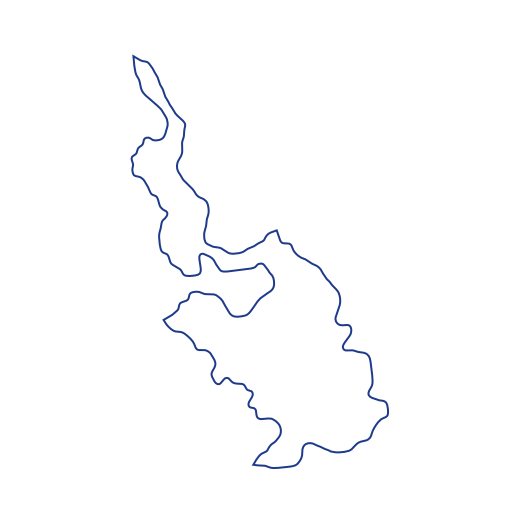 outline of Cambita Garabito, San Cristóbal, Dominican Republic, rotated 353°
{"feature_id": "3306468B64395738690475", "entity_name": "Cambita Garabito", "entity_type": "district", "adm_level": 2, "iso_a3": "DOM", "parent_name": "Dominican Republic", "parent_adm1": "San Cristóbal", "projection": "natural_earth1", "projection_center": [-70.253, 18.535], "detail": "fine", "context": "isolated", "style": "outline", "palette": "blue", "viewbox_px": 512, "rotation_deg": 353, "n_neighbors": 0, "source": "geoboundaries", "source_scale": "gbopen_adm2", "svg_char_len": 6137}
<svg xmlns="http://www.w3.org/2000/svg" viewBox="0 0 512 512"><g transform="rotate(353 256 256)"><path d="M227.9,462.9L232.1,464.0L239.4,465.3L244.7,467.9L247.5,468.6L252.5,469.0L263.5,469.2L266.5,469.1L269.4,468.6L271.2,467.8L272.7,466.6L274.7,464.5L276.4,462.1L277.5,459.3L278.5,453.7L279.6,451.3L280.8,449.9L282.2,448.9L284.7,448.2L287.4,448.4L289.8,449.2L293.4,451.5L296.5,453.1L300.8,455.9L304.0,457.5L306.6,459.2L310.9,460.5L313.8,461.0L319.7,461.2L324.5,460.7L327.2,459.6L332.3,455.4L334.6,453.9L337.2,453.1L343.3,452.4L344.9,451.8L347.0,450.3L348.0,449.0L350.4,444.0L352.1,441.4L354.7,438.2L356.9,435.9L360.0,433.5L361.6,432.8L365.4,431.6L366.7,430.7L367.2,430.0L367.6,429.1L368.0,427.2L368.3,424.2L368.1,420.1L367.6,418.2L367.2,417.3L366.0,416.0L364.6,415.3L360.7,414.2L354.0,411.0L352.1,409.6L351.2,408.2L350.9,407.5L350.8,406.6L351.2,404.9L352.0,403.4L354.7,399.8L355.6,398.1L356.2,396.0L356.5,393.9L356.8,388.3L356.8,374.8L356.5,371.6L355.9,369.5L355.5,368.7L353.8,366.6L351.6,365.3L345.8,363.7L342.0,362.0L340.4,361.4L334.5,360.8L333.1,360.5L331.8,359.5L331.4,358.7L331.1,357.0L331.3,356.1L332.1,354.5L333.9,352.3L338.8,347.1L340.1,345.5L341.0,343.7L341.6,340.9L341.5,339.1L341.0,337.4L339.8,336.1L338.3,335.6L333.4,335.3L330.9,334.7L329.5,333.8L328.3,332.5L327.5,330.9L327.3,330.0L327.2,328.0L327.7,326.3L333.1,315.0L333.9,312.3L334.3,309.2L334.2,306.2L333.7,303.2L333.0,301.3L331.4,298.7L327.9,294.1L325.8,290.4L323.4,287.5L320.3,281.4L318.5,277.1L317.0,275.0L315.1,273.2L310.6,270.4L304.7,265.4L300.8,263.3L297.8,260.8L295.9,258.5L294.3,256.0L293.6,254.2L292.5,250.0L291.7,248.7L290.4,247.8L288.9,247.4L285.1,246.8L283.7,246.2L283.1,245.7L282.6,245.1L281.9,243.5L279.7,233.1L273.5,234.5L271.0,235.5L269.1,237.0L268.0,238.2L266.2,240.8L265.7,241.4L264.4,242.2L259.7,243.8L255.3,246.0L248.6,247.9L244.1,250.2L242.3,250.7L239.4,251.1L233.5,251.0L231.6,250.6L229.8,250.0L228.2,249.0L222.3,244.1L220.7,243.3L215.6,241.9L214.0,241.3L209.3,238.3L208.1,237.1L207.6,236.3L206.9,233.4L206.9,231.3L207.2,228.0L207.7,226.0L210.1,220.2L211.7,213.5L213.5,209.5L214.1,207.7L214.5,205.7L214.7,202.6L214.5,199.6L214.1,197.7L213.4,195.9L211.7,193.9L210.4,192.8L206.8,190.7L205.0,188.9L204.0,187.5L202.5,184.1L201.0,181.6L193.7,172.4L192.7,170.8L191.2,167.3L189.3,163.3L188.7,161.5L188.4,159.5L188.6,156.5L189.5,153.7L190.5,152.0L194.0,147.3L195.2,144.6L195.6,142.7L196.4,134.7L197.0,132.9L198.5,129.7L199.1,127.9L200.2,122.2L201.5,118.3L201.7,116.7L201.6,115.9L200.9,114.3L199.9,112.8L194.9,106.9L193.3,104.6L191.0,99.4L188.9,95.4L187.6,91.8L185.4,86.9L184.0,80.2L183.5,78.4L181.7,74.2L180.1,66.6L177.9,61.6L176.2,57.2L173.3,52.0L172.3,50.8L171.7,50.3L170.2,49.6L167.1,48.7L164.9,47.5L158.7,42.8L158.4,52.5L158.7,58.7L159.2,61.6L161.0,65.7L161.5,67.5L161.8,69.4L162.3,75.4L163.0,78.3L164.4,80.9L166.1,83.3L176.2,94.5L179.3,98.3L180.3,100.0L183.7,107.6L184.2,109.4L184.5,112.4L184.4,114.4L184.0,116.3L180.8,123.8L179.2,126.4L177.6,127.8L176.7,128.3L174.9,128.9L172.9,129.1L171.0,129.1L169.2,128.8L167.6,128.2L165.0,126.0L163.7,125.4L161.5,125.3L160.1,125.8L159.0,126.8L157.7,130.3L157.0,131.5L155.9,132.4L153.4,133.7L152.3,134.6L151.5,135.8L150.3,138.6L149.5,139.9L148.4,140.6L145.5,142.1L145.0,142.7L144.4,144.1L144.4,145.6L145.2,149.8L144.9,151.5L144.0,154.2L143.7,156.0L143.9,158.6L144.4,160.3L144.8,161.0L146.1,161.9L149.7,163.2L151.2,164.0L153.4,166.2L154.4,167.9L157.2,174.4L158.8,179.7L159.4,181.2L160.4,182.4L164.0,184.4L164.9,185.7L165.5,187.4L166.4,193.4L167.0,195.4L167.5,196.3L169.4,198.6L172.3,200.7L173.1,201.9L173.2,202.7L172.9,204.3L172.1,205.7L170.3,207.5L167.8,209.3L166.9,210.5L166.2,212.1L164.9,216.5L162.9,221.5L162.4,223.6L162.1,225.9L161.9,232.8L162.2,237.1L162.7,239.1L163.0,239.9L164.2,241.3L167.6,243.2L168.6,244.5L169.2,246.1L170.2,251.7L171.0,253.3L172.1,254.5L178.9,259.8L179.9,261.1L181.5,265.1L182.7,266.4L184.2,267.1L187.8,267.8L193.4,267.9L196.1,267.5L197.7,266.8L198.4,266.1L199.2,264.5L199.6,262.6L199.6,259.6L199.4,252.4L199.7,249.6L200.6,248.1L201.3,247.6L202.0,247.3L203.6,247.3L204.9,247.9L209.7,250.8L211.8,252.5L212.9,253.9L213.8,255.4L215.5,259.7L218.3,265.0L219.3,266.3L220.0,266.8L221.6,267.4L223.4,267.7L226.3,267.9L249.5,267.8L252.3,267.4L253.9,266.9L256.5,264.7L257.8,264.2L260.1,264.1L261.5,264.6L262.2,265.0L263.2,266.3L266.1,271.3L267.5,274.3L269.7,277.4L270.6,280.1L270.8,283.2L270.5,286.4L269.9,288.5L269.0,290.1L267.9,291.4L265.8,292.9L263.5,294.0L255.2,298.5L252.1,301.2L245.0,309.1L242.8,311.3L240.4,313.0L238.5,313.7L234.6,314.1L230.8,314.1L227.9,313.6L226.1,312.9L224.7,311.9L223.0,309.9L219.3,301.6L217.2,296.3L215.5,293.8L212.8,291.0L211.3,289.8L209.5,289.0L200.8,287.6L199.2,286.9L195.5,284.9L193.6,284.4L191.7,284.1L188.9,284.2L187.2,284.6L186.4,285.0L185.3,286.2L184.0,289.6L183.2,290.9L182.6,291.3L181.3,291.9L176.7,292.9L175.3,293.5L174.7,294.0L173.9,295.2L172.6,298.8L172.2,299.5L171.1,300.6L165.7,304.2L156.5,308.2L158.5,312.5L159.8,314.6L162.1,317.5L164.1,319.4L165.5,320.4L167.0,321.1L171.5,322.1L173.8,323.0L175.9,324.6L178.5,327.3L180.9,330.2L182.9,333.3L183.9,335.7L185.0,339.9L185.9,341.3L186.5,341.8L187.9,342.4L193.7,343.2L195.3,343.8L197.4,345.3L198.6,346.6L199.1,347.4L202.0,353.9L202.6,356.6L202.5,358.5L201.9,360.3L201.0,361.9L198.3,365.6L197.6,367.2L197.4,368.1L197.7,370.5L199.1,374.4L199.8,376.0L200.8,377.4L202.0,378.3L202.7,378.6L204.3,378.6L205.6,377.8L208.7,374.9L210.0,373.9L210.7,373.6L212.2,373.4L213.6,373.9L214.1,374.4L216.3,377.4L217.4,378.6L218.8,379.5L221.2,380.3L226.2,381.2L227.6,381.8L228.2,382.3L229.1,383.6L230.2,386.4L230.9,387.6L232.0,388.3L235.0,389.7L235.8,391.0L236.0,392.7L235.5,394.3L234.6,395.8L231.3,400.0L230.6,401.6L230.4,403.3L231.0,404.8L231.5,405.3L232.7,405.9L235.3,406.7L235.8,407.1L236.7,408.1L237.1,409.4L237.1,413.1L237.2,414.8L237.7,416.4L238.2,417.1L239.6,418.1L241.2,418.5L248.7,418.8L251.6,419.4L253.2,420.4L255.5,422.3L257.4,424.6L258.4,426.3L258.8,427.3L259.3,429.3L259.5,431.3L259.3,433.3L258.8,435.2L258.4,436.2L256.7,438.6L253.2,442.0L251.7,443.1L248.6,444.7L247.3,445.7L245.6,447.5L243.3,450.7L242.0,451.4L237.3,453.0L235.0,454.6L231.6,458.1L227.9,462.9Z" fill="none" stroke="#1e3a8a" stroke-width="2"/></g></svg>